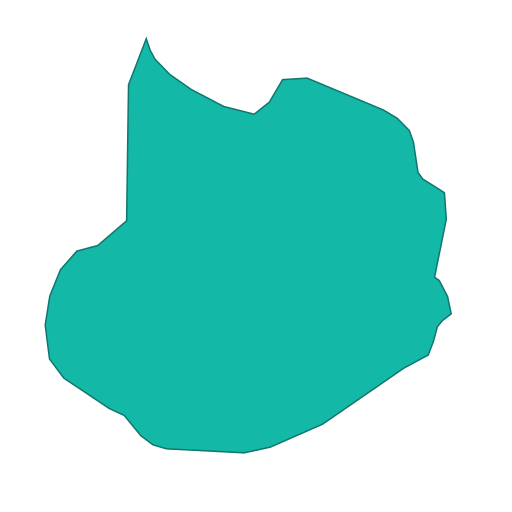 an SVG outline of Boa Vista, rotated 7°
{"feature_id": "CPV-5055", "entity_name": "Boa Vista", "entity_type": "state/province", "adm_level": 1, "iso_a3": "CPV", "parent_name": "Cabo Verde", "parent_adm1": "", "projection": "robinson", "projection_center": [-22.807, 16.113], "detail": "fine", "context": "isolated", "style": "filled", "palette": "teal", "viewbox_px": 512, "rotation_deg": 7, "n_neighbors": 0, "source": "natural_earth", "source_scale": "10m", "svg_char_len": 694}
<svg xmlns="http://www.w3.org/2000/svg" viewBox="0 0 512 512"><g transform="rotate(7 256 256)"><path d="M435.8,255.3L440.9,258.0L451.1,272.9L456.8,289.6L448.8,297.5L444.6,304.2L442.6,318.7L439.0,333.3L416.5,349.2L342.7,414.7L293.4,444.0L268.3,452.8L190.6,458.3L176.8,456.0L163.7,448.5L144.6,430.3L129.0,425.3L80.1,400.6L63.6,383.4L55.2,350.3L56.2,320.9L63.6,293.4L77.6,272.9L97.6,264.9L123.3,236.8L108.6,101.6L120.6,53.7L126.0,64.9L131.9,73.1L148.3,86.3L171.4,98.6L205.7,111.5L236.9,115.5L250.5,101.6L260.9,77.7L285.0,73.2L364.8,95.6L379.4,102.1L392.9,112.8L398.4,123.8L406.6,153.3L412.2,159.3L435.3,170.2L440.4,196.3L435.8,255.3Z" fill="#14b8a6" stroke="#0f766e" stroke-width="1.5"/></g></svg>